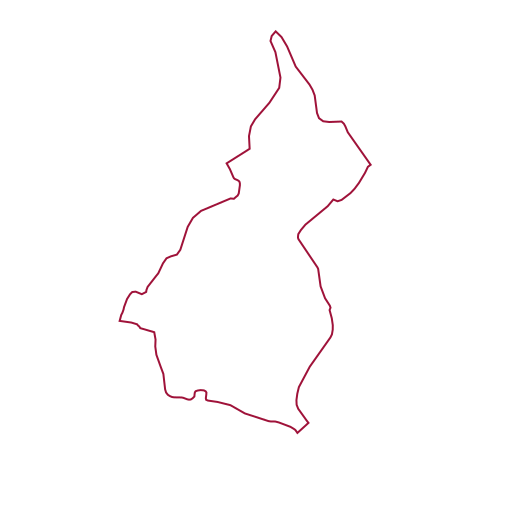 the border of Babil, rotated 52°
{"feature_id": "IRQ-3472", "entity_name": "Babil", "entity_type": "Province", "adm_level": 1, "iso_a3": "IRQ", "parent_name": "Iraq", "parent_adm1": "", "projection": "robinson", "projection_center": [44.536, 32.662], "detail": "fine", "context": "isolated", "style": "outline", "palette": "rose", "viewbox_px": 512, "rotation_deg": 52, "n_neighbors": 0, "source": "natural_earth", "source_scale": "10m", "svg_char_len": 1937}
<svg xmlns="http://www.w3.org/2000/svg" viewBox="0 0 512 512"><g transform="rotate(52 256 256)"><path d="M205.8,105.3L208.9,105.8L215.0,107.5L254.7,109.5L254.6,112.9L257.6,118.9L261.8,129.9L263.7,136.9L264.6,142.9L264.5,154.0L263.1,158.0L259.1,160.3L260.9,168.8L261.7,197.7L263.2,204.7L264.8,209.2L266.4,210.8L267.5,211.7L269.0,212.2L302.9,214.6L304.5,215.0L319.7,223.8L331.8,227.6L340.6,228.4L342.6,229.1L343.9,231.3L351.7,234.6L357.8,238.1L361.3,240.9L364.5,244.4L366.0,247.5L376.3,281.7L385.7,302.9L389.9,308.2L394.5,312.9L398.3,315.6L402.4,316.8L416.7,317.4L419.8,317.4L420.5,326.4L420.9,332.3L417.3,332.1L415.3,332.7L411.9,334.0L401.2,340.5L398.3,342.7L395.4,346.3L393.8,347.8L373.2,361.7L357.8,368.0L347.3,376.2L340.3,382.9L338.6,383.8L337.2,383.1L334.4,380.3L333.0,379.1L331.6,379.0L329.8,379.8L327.5,382.3L326.1,384.8L325.4,386.8L325.8,388.1L326.9,389.3L328.8,391.1L329.1,393.7L328.9,395.8L327.9,397.3L326.6,398.4L323.0,400.6L321.6,401.8L317.0,407.5L315.4,409.0L313.4,410.1L311.1,410.9L308.2,410.9L305.1,409.7L291.9,401.6L284.6,399.3L272.5,395.3L265.3,391.1L260.0,386.6L253.4,383.1L241.6,391.6L239.8,391.4L237.8,391.8L236.7,391.7L231.7,395.2L223.2,403.4L219.5,398.5L218.4,396.1L216.6,393.3L215.0,391.4L210.5,384.1L208.6,378.8L208.2,375.7L210.0,372.8L215.8,369.5L216.7,364.7L215.3,363.2L213.6,360.4L210.2,346.8L209.5,343.7L204.5,333.8L202.7,327.9L203.9,323.2L206.2,317.5L204.5,311.8L191.0,291.9L187.1,282.2L186.6,271.5L195.0,240.6L197.3,238.2L197.1,235.0L197.1,233.3L196.1,231.1L190.3,225.1L188.7,223.9L187.2,223.3L186.1,223.4L184.8,223.9L182.2,225.3L181.1,225.5L179.9,225.3L171.5,223.1L164.9,222.1L167.6,195.0L157.2,187.7L150.7,180.2L147.7,172.5L143.5,151.1L137.8,134.2L130.5,126.9L107.3,115.2L95.5,112.2L92.3,108.2L91.1,102.2L99.2,101.1L110.1,102.5L131.2,108.1L153.9,108.3L159.7,109.1L165.6,110.9L180.9,119.9L186.2,121.5L191.2,120.1L195.5,115.8L202.7,105.8L205.8,105.3Z" fill="none" stroke="#9f1239" stroke-width="2"/></g></svg>